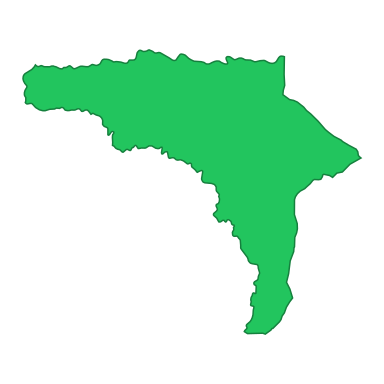 Sanarate, El Progreso, Guatemala
{"feature_id": "79465075B63820217074048", "entity_name": "Sanarate", "entity_type": "district", "adm_level": 2, "iso_a3": "GTM", "parent_name": "Guatemala", "parent_adm1": "El Progreso", "projection": "robinson", "projection_center": [-90.277, 14.777], "detail": "fine", "context": "isolated", "style": "filled", "palette": "green", "viewbox_px": 384, "rotation_deg": 0, "n_neighbors": 0, "source": "geoboundaries", "source_scale": "gbopen_adm2", "svg_char_len": 5868}
<svg xmlns="http://www.w3.org/2000/svg" viewBox="0 0 384 384"><path d="M25.3,102.5L25.9,103.3L26.8,103.9L27.8,103.9L30.3,103.4L31.7,103.5L32.2,103.8L35.6,107.5L39.4,109.8L42.8,110.7L45.2,110.7L49.6,109.3L54.6,109.0L56.4,108.1L59.6,108.4L61.2,107.5L62.1,107.5L63.0,107.7L63.6,108.1L64.8,109.8L65.5,110.2L67.4,110.6L69.0,110.6L71.7,110.0L74.1,110.1L75.3,109.9L77.2,109.0L78.2,108.8L79.1,108.8L79.9,109.2L81.6,111.3L82.2,111.4L83.0,111.3L85.2,110.1L86.7,110.0L87.5,110.2L88.6,111.2L91.0,114.3L92.5,113.4L93.4,113.5L96.2,115.0L99.3,115.9L100.2,116.5L101.5,117.8L102.2,119.0L102.7,120.6L102.6,123.4L102.6,124.4L103.0,125.0L104.2,126.4L106.5,127.3L107.3,127.8L107.7,128.2L107.9,129.2L107.9,134.8L108.7,135.2L109.5,134.6L111.4,131.9L112.1,131.5L113.0,131.6L113.8,132.1L113.8,133.0L113.4,133.8L112.8,134.5L112.5,135.7L112.4,137.6L112.7,142.4L112.5,145.4L114.1,146.2L115.2,147.6L116.0,148.4L117.6,149.2L119.6,149.7L120.2,150.0L121.8,151.7L122.4,152.1L123.3,152.1L126.3,149.5L127.6,149.4L129.5,150.4L130.3,150.5L130.8,150.2L131.9,148.1L132.7,147.5L133.4,147.4L134.5,146.0L135.3,145.4L135.9,145.5L136.6,146.1L137.5,147.6L138.2,148.5L139.1,148.5L141.5,148.0L145.0,148.1L145.9,147.9L149.0,145.9L149.8,145.9L151.3,145.9L152.0,146.0L155.7,148.2L157.8,148.6L158.5,148.6L159.6,148.3L160.5,147.5L161.3,147.2L162.0,147.3L162.2,148.2L161.5,152.6L161.6,153.3L162.0,154.0L162.8,153.9L164.7,152.2L165.4,151.9L166.3,151.7L167.3,151.9L167.7,153.2L168.4,157.0L168.7,157.8L169.6,158.3L172.3,157.7L173.7,157.8L174.3,158.1L176.1,159.7L177.1,160.0L177.9,160.1L179.8,159.8L180.7,159.8L183.5,160.9L187.3,163.8L187.9,163.9L188.8,163.7L189.6,163.2L190.6,163.2L191.4,163.9L191.5,165.8L191.8,166.9L194.5,169.2L195.7,170.4L196.7,171.9L197.4,172.3L199.2,171.3L201.0,170.6L201.8,170.5L202.6,171.1L202.7,171.9L201.6,178.7L201.7,179.6L202.6,181.4L203.2,182.1L204.8,182.8L211.4,183.4L214.0,184.3L214.8,184.9L215.8,186.3L216.2,187.1L216.2,190.1L216.6,191.3L218.7,193.7L219.3,194.5L219.1,195.5L218.7,196.4L219.4,198.3L219.5,199.6L219.2,201.8L218.9,202.5L218.4,203.3L217.9,203.8L216.5,204.4L216.1,205.2L216.2,206.3L217.1,208.2L217.3,209.3L217.1,210.2L216.2,211.3L213.8,213.4L213.5,214.0L213.5,215.0L214.1,215.8L216.7,218.1L218.8,221.9L219.9,222.0L220.8,221.7L222.7,220.4L223.4,220.3L224.1,220.4L225.0,221.6L225.8,222.0L226.5,221.4L227.0,220.2L227.6,219.8L228.4,219.7L229.2,220.0L229.9,220.6L230.5,220.9L231.1,221.7L231.5,223.3L231.9,224.3L232.5,224.8L234.0,225.2L234.3,226.2L233.5,227.5L233.8,229.5L233.4,230.5L232.8,231.3L232.4,232.5L232.6,234.6L232.9,235.5L233.6,236.1L234.6,236.3L236.7,236.1L237.2,236.3L237.8,236.8L238.7,238.2L239.9,239.4L240.3,240.3L240.7,245.2L240.7,247.7L240.8,248.4L241.5,249.5L247.4,257.4L248.0,258.9L248.2,260.0L248.5,260.9L249.8,262.6L250.6,263.2L252.1,263.7L257.2,264.6L257.8,265.3L258.1,266.0L258.3,268.3L259.5,272.3L259.6,273.4L258.4,276.2L258.0,279.0L257.8,279.5L257.1,280.2L254.5,281.8L253.9,282.8L253.9,283.8L254.3,284.7L255.8,285.5L256.1,286.2L256.2,287.1L255.9,293.2L255.1,293.6L253.9,292.9L253.1,293.1L252.5,294.0L252.3,295.4L251.2,297.3L250.9,298.8L250.8,299.9L251.2,301.7L250.6,304.9L251.0,305.6L253.5,306.3L253.9,306.9L253.8,307.9L253.3,310.0L253.0,314.8L252.2,317.8L251.2,320.0L250.0,321.7L247.0,324.3L246.4,325.1L246.3,326.0L246.8,327.0L247.0,327.9L246.6,328.8L244.8,330.5L244.3,331.6L247.5,333.6L262.7,333.2L265.3,334.1L270.9,330.1L272.0,328.5L272.9,328.4L279.5,321.8L281.0,319.6L282.1,316.1L284.4,312.8L286.4,307.2L289.7,301.8L292.6,298.0L289.9,289.1L286.5,282.3L288.6,273.8L290.2,260.9L293.7,251.6L294.0,247.7L294.5,246.9L294.8,237.4L296.6,232.9L297.4,228.8L297.2,223.5L294.4,214.6L294.5,199.7L295.4,196.8L297.4,193.7L300.2,191.1L304.7,188.7L306.9,186.6L310.2,183.7L312.9,180.3L314.3,179.5L318.6,179.7L320.8,179.3L322.4,176.7L322.7,175.0L323.8,174.3L329.6,175.5L332.6,177.4L336.9,173.1L342.4,172.0L350.0,164.2L361.0,158.0L359.2,156.5L358.3,155.3L357.8,151.8L356.2,149.2L348.5,145.1L342.5,141.5L341.4,140.3L334.0,136.4L328.6,132.3L325.3,129.5L318.0,121.1L310.8,114.0L306.5,110.5L303.7,107.1L297.4,102.1L293.6,100.4L289.6,99.6L282.9,94.7L283.3,90.3L284.7,85.4L284.1,74.5L284.4,56.7L283.2,56.3L281.3,56.1L280.6,56.2L279.9,56.5L278.7,57.7L276.3,61.6L274.7,62.8L273.5,63.2L272.1,63.4L269.9,63.1L268.2,62.4L264.8,60.6L263.9,60.4L260.2,60.7L256.0,61.7L254.6,61.8L250.5,60.1L245.6,59.9L244.5,59.5L242.9,58.6L241.4,58.1L239.5,58.1L238.9,58.2L235.9,59.5L234.5,59.7L233.9,59.5L230.4,57.1L229.3,56.7L227.8,56.6L227.1,56.7L226.2,57.5L226.1,58.6L226.3,59.5L227.6,62.5L227.6,63.5L227.0,64.0L225.4,64.0L224.3,63.8L221.3,62.5L219.4,61.2L217.9,61.0L216.7,61.0L214.8,61.4L212.3,62.4L209.4,63.9L208.7,64.0L206.8,64.0L206.2,63.9L203.9,62.4L201.1,61.7L194.0,61.2L191.2,59.9L188.7,58.4L185.3,55.2L183.3,54.4L181.7,54.1L181.0,54.1L180.3,54.3L179.8,54.8L178.2,56.8L176.2,59.8L175.7,60.2L174.7,60.5L173.3,60.4L172.3,60.0L169.2,57.9L160.3,52.8L158.9,52.5L155.9,53.1L154.5,52.8L152.7,51.4L149.2,49.9L148.3,50.1L146.8,51.0L145.1,51.4L143.2,51.5L140.8,50.4L139.9,50.3L139.2,50.5L138.7,50.9L137.6,52.1L137.1,53.0L136.2,57.3L135.8,58.3L135.3,59.1L134.3,59.9L133.6,60.0L132.6,60.1L129.5,60.1L129.0,60.5L128.1,62.1L127.3,62.9L126.0,63.3L124.4,63.2L120.9,62.1L117.6,61.7L116.0,61.6L114.4,61.9L113.3,61.9L112.0,61.0L108.7,59.6L106.8,59.3L104.0,59.2L102.7,59.7L101.8,60.7L100.4,63.3L99.6,64.2L98.0,65.0L96.6,65.4L95.9,65.4L92.6,64.5L91.9,64.6L89.8,65.9L88.3,66.7L86.2,66.7L82.1,66.2L80.3,66.3L75.9,68.3L74.7,68.7L73.9,68.7L72.9,68.2L71.6,67.0L70.1,65.9L69.2,65.8L67.0,67.1L66.0,67.5L63.8,67.5L62.4,68.7L61.9,68.9L59.7,68.6L56.0,66.8L54.2,66.4L53.3,66.0L51.4,66.1L49.6,66.8L44.0,66.7L42.3,65.9L41.1,65.6L38.7,66.6L37.7,66.5L36.6,66.0L35.4,64.9L34.4,66.7L31.8,69.5L25.1,73.6L24.0,74.8L23.3,76.2L23.0,78.5L23.1,79.3L23.5,80.9L24.8,83.4L26.8,85.8L26.9,86.6L26.8,87.4L25.5,89.5L24.9,90.8L24.4,92.8L24.4,94.9L24.7,95.8L25.8,97.6L25.8,101.0L25.3,102.5Z" fill="#22c55e" stroke="#15803d" stroke-width="1.5"/></svg>